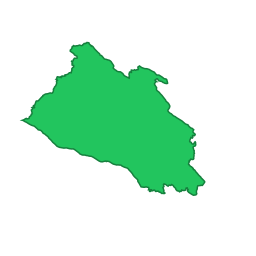 the district of Yinmarbin, Sagaing, Myanmar, rotated 130°
{"feature_id": "60261553B62517193175445", "entity_name": "Yinmarbin", "entity_type": "district", "adm_level": 2, "iso_a3": "MMR", "parent_name": "Myanmar", "parent_adm1": "Sagaing", "projection": "equal_earth", "projection_center": [94.702, 22.309], "detail": "fine", "context": "isolated", "style": "filled", "palette": "green", "viewbox_px": 256, "rotation_deg": 130, "n_neighbors": 0, "source": "geoboundaries", "source_scale": "gbopen_adm2", "svg_char_len": 5735}
<svg xmlns="http://www.w3.org/2000/svg" viewBox="0 0 256 256"><g transform="rotate(130 128 128)"><path d="M88.0,213.1L88.6,213.8L88.8,214.4L89.9,214.5L90.0,214.8L90.6,214.8L91.3,215.8L91.6,216.0L92.1,215.8L93.2,216.2L93.9,215.9L94.9,216.7L95.6,218.4L97.4,219.5L98.4,220.6L99.3,221.1L99.6,221.7L99.8,222.6L100.7,222.5L101.1,223.0L102.1,222.9L102.5,222.3L104.4,222.1L105.4,222.3L106.3,221.6L105.9,217.4L106.4,216.1L106.3,215.1L105.8,213.3L107.0,211.9L107.9,212.5L109.0,213.9L111.1,213.7L111.5,213.3L112.3,213.3L113.0,214.2L113.3,214.1L113.9,212.1L114.9,212.2L115.4,211.5L115.3,210.8L115.5,210.8L115.0,209.9L115.4,209.4L116.3,208.8L116.6,208.9L116.9,209.2L118.5,209.2L118.6,208.9L119.1,208.8L119.5,208.5L119.7,208.1L120.3,208.0L120.7,207.7L121.4,207.6L122.1,207.0L123.4,208.5L124.5,208.5L125.6,208.8L127.0,209.6L127.3,210.0L127.8,210.2L127.9,210.4L128.6,210.1L128.6,209.7L129.0,209.9L129.0,210.2L129.4,210.5L129.8,210.8L130.5,211.4L130.3,211.6L130.6,212.0L131.3,212.1L131.5,211.9L131.6,212.2L132.1,212.1L132.2,212.3L132.4,212.1L132.5,212.8L133.0,212.8L133.3,213.6L134.1,215.0L134.7,215.1L135.8,214.4L136.4,214.2L136.9,214.4L136.7,213.0L136.9,212.6L137.9,213.0L138.4,212.7L139.3,211.5L142.0,210.5L144.0,210.6L144.5,210.3L145.8,210.2L146.2,210.1L146.2,209.9L146.5,209.8L147.3,209.1L148.7,208.5L150.1,208.5L150.4,208.8L151.2,210.2L153.3,211.5L155.1,213.1L157.9,214.1L158.6,213.6L159.5,214.0L164.7,214.2L165.5,214.7L166.0,215.4L166.6,215.6L170.0,214.3L170.7,214.2L171.3,214.7L171.7,214.8L172.0,214.6L172.1,213.0L172.4,212.7L172.8,212.8L173.5,214.4L174.1,214.7L174.1,214.0L174.4,213.5L175.1,213.3L176.4,213.6L177.8,211.5L178.3,211.0L178.9,210.6L179.6,210.9L181.0,210.3L182.8,210.7L184.2,210.0L185.9,211.1L186.0,212.1L186.8,212.5L188.5,213.0L190.0,213.9L189.6,213.1L189.5,211.8L189.2,210.4L188.9,209.7L188.6,207.0L188.2,204.9L187.8,203.4L186.8,200.9L186.9,196.7L187.1,195.6L186.0,193.6L185.9,193.0L186.0,191.4L186.5,190.0L186.5,189.4L186.1,187.7L186.2,185.8L186.0,183.8L186.6,182.3L186.8,178.8L187.3,176.4L187.3,173.5L187.6,170.6L186.9,168.1L184.6,164.2L182.8,162.4L181.5,159.6L180.2,157.6L179.1,156.4L178.8,154.5L178.6,150.4L178.6,149.2L178.8,148.5L178.6,147.7L178.1,145.7L176.3,143.4L175.9,142.2L175.4,141.7L174.5,139.7L173.2,137.8L172.7,135.5L171.9,129.0L171.4,127.3L170.5,126.0L167.8,124.0L167.7,123.1L167.4,122.9L167.0,122.9L165.8,120.8L165.5,118.8L165.3,117.2L165.1,116.1L163.5,112.7L162.7,112.1L162.3,111.3L161.0,109.6L161.0,108.1L160.3,105.5L159.3,103.1L159.1,102.2L159.1,101.6L159.4,101.0L159.8,97.4L160.2,95.3L160.9,93.4L161.2,91.6L161.4,87.3L162.7,85.9L163.0,84.6L164.7,80.1L163.2,77.8L162.5,77.0L161.4,76.3L161.0,75.1L160.3,74.0L161.2,72.8L162.1,72.6L161.3,71.6L161.4,71.2L162.4,71.2L162.7,70.7L162.2,70.1L161.7,69.8L160.4,70.6L160.2,70.3L160.4,69.5L160.3,68.7L158.8,68.2L158.5,67.5L158.9,66.2L158.6,65.7L158.0,65.4L157.0,64.2L156.9,63.5L157.1,62.9L156.5,62.2L156.4,60.0L155.8,59.5L155.4,58.7L154.8,58.0L154.1,57.9L154.0,59.3L153.6,60.0L152.9,60.2L151.0,63.1L149.8,62.8L148.4,64.6L147.9,64.6L147.5,64.2L147.4,63.6L147.0,62.8L147.0,60.9L146.9,60.2L146.6,59.8L145.5,59.9L144.7,59.0L144.7,58.6L144.2,58.2L143.2,58.2L143.0,56.1L143.5,55.4L143.6,52.8L144.0,52.4L144.4,51.3L144.5,49.9L144.3,49.8L143.9,48.8L143.6,48.3L143.8,47.6L143.2,47.4L142.4,46.6L141.8,46.9L141.4,46.6L140.9,46.9L140.7,46.1L139.9,44.9L139.0,44.2L138.3,44.0L136.8,44.9L136.2,44.6L135.8,44.2L136.7,43.0L136.8,42.6L136.6,42.4L137.9,42.1L138.3,40.2L137.7,35.7L137.4,34.6L135.6,33.0L134.2,33.0L133.8,33.5L133.7,33.9L132.4,35.0L131.6,35.4L130.4,35.7L128.6,36.9L127.4,37.4L125.6,35.6L124.8,35.2L124.5,34.4L124.1,34.1L120.3,34.4L119.7,34.9L119.4,37.1L119.1,40.4L118.8,40.7L118.7,43.4L118.1,46.3L118.1,47.1L117.3,50.1L117.7,50.7L117.5,51.8L117.2,51.8L117.1,52.0L116.9,53.3L117.0,53.8L116.9,54.4L117.2,55.4L117.0,57.1L116.8,57.5L117.0,58.1L116.8,58.4L114.8,59.5L114.6,59.2L114.4,59.2L114.1,59.8L113.6,60.1L113.3,59.8L112.4,59.7L112.0,60.0L111.6,60.0L111.2,59.5L111.0,58.8L110.5,58.1L109.8,57.8L109.2,57.9L108.6,58.6L106.8,59.6L105.8,60.6L104.6,60.9L104.5,61.5L102.8,62.7L102.8,63.2L101.0,65.7L100.5,65.9L99.7,65.7L98.6,65.0L97.5,65.2L96.6,66.0L96.1,66.8L95.8,66.8L95.4,67.6L96.0,67.9L96.7,67.5L97.0,67.7L98.2,67.5L98.9,68.5L98.9,69.4L98.4,70.1L98.5,71.1L98.8,71.6L98.5,72.3L96.8,73.1L95.5,73.3L94.9,73.7L94.6,72.8L94.3,72.2L93.2,72.5L92.7,73.6L92.1,73.7L91.1,72.1L90.6,72.1L89.6,72.5L89.5,75.3L89.1,75.8L88.3,76.3L87.1,76.5L87.0,78.5L87.6,80.0L87.6,82.2L87.0,84.3L87.5,85.2L88.0,86.7L87.9,91.1L88.9,97.7L88.9,99.0L89.5,101.1L89.3,104.0L89.7,105.7L89.6,107.1L89.3,108.4L88.7,108.9L86.1,109.2L84.8,109.7L84.2,110.2L83.5,111.8L83.1,113.0L83.0,116.3L82.5,117.0L82.2,118.4L81.2,123.0L81.0,125.2L80.6,127.0L80.7,130.0L80.1,131.1L78.7,132.0L77.7,135.3L77.0,136.2L75.1,136.4L74.9,136.6L74.5,136.5L74.1,136.0L74.0,138.1L71.8,137.6L71.4,137.0L72.1,134.9L70.6,131.8L70.6,130.3L70.3,129.7L70.0,128.4L69.1,126.9L68.4,126.4L67.8,126.9L66.0,129.5L66.0,130.3L67.0,132.1L67.0,134.2L67.5,138.1L67.9,138.8L68.9,140.0L68.8,141.4L68.3,143.7L69.1,146.6L69.5,149.4L70.5,151.7L71.8,153.4L72.4,155.0L72.9,156.4L73.1,159.1L74.9,159.6L75.5,159.1L76.1,158.0L76.8,157.8L77.5,158.6L79.0,159.4L79.1,160.4L80.2,160.8L80.9,161.5L81.2,162.4L81.5,162.7L82.3,162.2L82.9,161.4L83.3,161.9L83.4,161.7L83.7,162.5L84.4,162.7L84.8,162.2L85.5,162.2L86.5,161.5L87.2,160.4L88.2,160.1L88.6,159.3L89.1,159.1L90.3,164.3L90.2,165.1L89.6,167.0L89.8,169.8L91.2,171.8L91.6,173.1L91.5,174.1L91.7,175.0L91.7,177.6L91.3,178.1L90.0,178.5L89.4,179.1L88.0,183.7L88.0,185.0L88.2,186.1L88.8,187.2L89.5,189.0L90.2,190.1L90.3,190.6L89.6,194.2L89.7,195.4L90.1,196.2L89.4,197.6L89.4,199.7L88.9,204.5L88.2,207.1L88.3,208.7L88.9,208.7L88.6,209.9L88.5,211.8L87.9,212.5L88.0,213.1Z" fill="#22c55e" stroke="#15803d" stroke-width="1.5"/></g></svg>